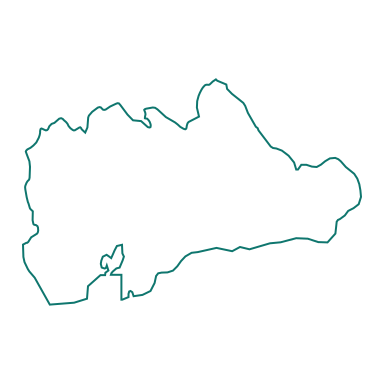 an SVG outline of Guantánamo
{"feature_id": "CUB-1365", "entity_name": "Guantánamo", "entity_type": "Province", "adm_level": 1, "iso_a3": "CUB", "parent_name": "Cuba", "parent_adm1": "", "projection": "equal_earth", "projection_center": [-75.006, 20.219], "detail": "fine", "context": "isolated", "style": "outline", "palette": "teal", "viewbox_px": 384, "rotation_deg": 0, "n_neighbors": 0, "source": "natural_earth", "source_scale": "10m", "svg_char_len": 3072}
<svg xmlns="http://www.w3.org/2000/svg" viewBox="0 0 384 384"><path d="M121.4,299.7L121.4,274.8L110.9,274.8L111.4,273.2L112.7,271.6L116.4,268.4L119.6,267.6L122.6,260.5L123.9,256.6L122.4,253.4L122.0,244.8L116.9,246.0L114.5,250.6L113.0,254.1L111.2,258.1L109.2,256.6L106.6,254.8L102.8,256.7L101.3,260.7L100.8,263.9L101.7,267.5L103.0,268.0L104.6,268.5L105.6,268.2L106.3,267.0L106.8,265.5L107.3,267.1L108.4,270.5L105.4,272.7L105.1,275.1L100.5,275.1L88.0,286.2L87.0,298.7L74.1,302.7L49.8,304.6L34.7,277.7L29.3,271.4L27.8,269.0L24.5,262.1L23.4,257.0L23.0,244.6L26.4,242.8L27.2,242.8L28.2,242.0L31.2,237.3L37.1,233.6L37.8,232.4L38.2,230.6L38.0,227.6L37.4,226.1L35.8,225.0L34.8,224.9L34.1,224.7L33.4,224.0L32.6,220.2L32.8,211.3L30.5,209.1L30.0,208.4L29.8,207.9L28.5,203.5L27.9,202.1L26.7,197.3L25.3,189.3L25.1,187.1L25.4,185.6L26.5,182.9L27.2,181.7L27.8,180.9L28.7,180.1L29.2,179.4L29.6,177.6L30.0,166.8L29.4,161.3L26.8,154.4L25.8,151.6L26.2,150.6L27.4,149.4L30.5,147.8L33.4,145.5L36.3,142.5L38.8,137.7L39.7,135.0L40.1,132.8L40.1,131.2L40.3,130.0L40.7,128.9L41.4,128.5L42.6,128.9L43.5,129.4L45.9,130.4L47.1,130.1L48.1,129.1L49.3,126.3L51.6,123.9L54.4,122.9L59.2,118.7L61.1,118.2L62.7,118.9L63.8,120.1L66.1,122.1L67.5,123.8L68.4,125.7L68.7,126.2L70.4,128.2L72.6,129.9L73.7,130.4L74.8,130.3L79.4,127.5L80.3,127.3L81.2,128.2L81.6,129.2L85.2,132.6L87.4,127.5L88.2,117.5L88.9,115.6L92.2,111.8L97.8,107.6L99.5,107.1L100.8,107.4L102.9,109.6L104.1,109.9L105.6,109.6L110.2,106.5L115.9,103.8L117.5,103.2L118.9,103.4L120.4,105.1L127.5,114.6L133.0,120.3L141.1,121.1L147.8,127.1L149.4,127.5L150.4,127.2L150.7,126.0L150.7,125.0L150.5,124.1L150.2,123.2L149.6,121.7L148.6,120.2L147.2,118.7L145.2,118.4L144.9,118.3L144.9,117.8L145.0,116.7L145.5,114.4L145.4,113.5L145.2,112.5L144.2,109.9L144.7,109.3L146.1,108.7L152.8,107.5L155.1,107.8L157.5,109.4L165.9,117.1L175.0,122.4L177.7,124.5L180.3,126.9L183.6,128.8L185.2,129.3L186.2,128.7L186.5,127.7L186.8,125.7L187.2,124.4L187.5,123.4L188.2,122.4L188.9,121.8L199.0,116.6L196.9,107.6L197.2,101.1L198.6,95.9L199.9,92.8L201.6,89.5L202.9,87.5L204.8,85.4L205.7,84.9L206.8,84.7L208.7,84.8L209.5,84.6L210.3,83.9L212.8,81.5L215.9,79.4L217.2,80.7L226.3,84.5L227.1,88.9L231.9,93.8L243.3,102.9L245.2,105.9L247.9,112.9L255.8,126.7L257.7,128.2L258.5,130.4L270.7,146.5L273.0,148.0L276.4,148.5L281.9,150.6L288.6,155.7L294.1,162.5L296.2,169.5L298.0,169.5L301.3,164.8L306.4,164.8L311.9,166.6L316.7,167.0L320.9,164.7L325.2,161.2L329.9,158.4L335.2,157.9L338.3,159.2L340.8,161.3L345.8,167.0L354.2,173.8L357.3,178.6L359.3,184.2L360.4,190.4L361.0,196.9L358.7,204.2L353.5,208.2L348.2,210.9L344.8,215.5L339.7,219.2L338.0,219.9L336.7,221.7L335.4,233.6L327.5,242.4L318.3,242.1L307.8,238.7L296.2,238.2L280.6,242.3L270.0,243.3L249.5,249.3L240.0,247.0L232.2,251.2L216.5,247.9L197.7,252.1L191.6,252.8L185.4,256.4L181.1,261.0L177.3,266.3L173.0,270.6L167.5,272.4L161.6,272.6L158.2,273.3L156.1,276.0L154.6,283.0L150.5,291.0L142.5,294.9L133.6,296.2L132.3,292.2L130.5,291.0L129.2,291.5L128.5,293.9L128.5,297.1L122.2,299.7L121.4,299.7Z" fill="none" stroke="#0f766e" stroke-width="2"/></svg>